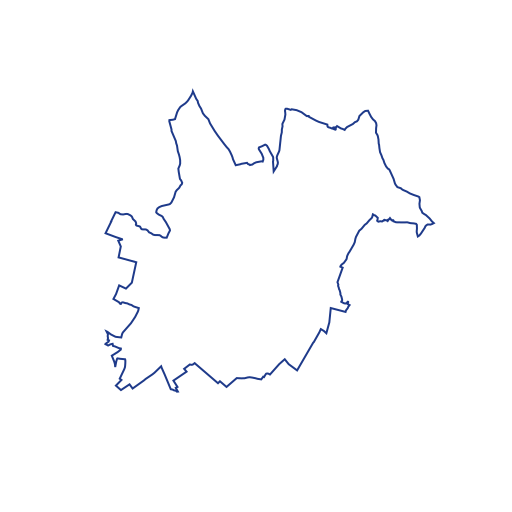 Gheorghe Doja, Mures, Romania (Equal Earth projection), rotated 206°
{"feature_id": "2599482B99552937012719", "entity_name": "Gheorghe Doja", "entity_type": "district", "adm_level": 2, "iso_a3": "ROU", "parent_name": "Romania", "parent_adm1": "Mures", "projection": "equal_earth", "projection_center": [24.503, 46.455], "detail": "fine", "context": "isolated", "style": "outline", "palette": "blue", "viewbox_px": 512, "rotation_deg": 206, "n_neighbors": 0, "source": "geoboundaries", "source_scale": "gbopen_adm2", "svg_char_len": 6145}
<svg xmlns="http://www.w3.org/2000/svg" viewBox="0 0 512 512"><g transform="rotate(206 256 256)"><path d="M384.9,376.3L384.6,375.1L384.6,371.6L385.2,366.4L385.5,364.9L386.4,362.3L388.9,357.8L389.4,356.6L389.9,353.1L389.9,350.6L388.8,343.5L390.5,342.0L393.4,340.2L393.0,339.1L388.2,333.6L387.5,332.8L386.7,331.3L378.5,324.2L377.1,322.3L375.4,320.6L372.2,315.9L369.7,313.4L368.0,311.4L366.2,308.9L364.7,305.9L364.3,304.1L364.1,300.5L362.3,297.7L358.4,292.3L357.8,291.7L356.5,291.2L354.4,289.4L354.2,287.8L354.8,286.4L354.9,283.8L355.2,282.8L356.1,280.4L356.4,278.5L355.4,272.8L355.5,266.9L356.2,264.9L357.0,264.1L362.6,259.6L364.4,257.5L365.4,255.5L365.4,253.6L364.9,251.6L364.1,251.1L361.5,250.6L358.3,250.6L356.9,250.2L355.3,248.9L351.8,246.9L345.3,242.3L344.5,241.2L344.6,237.9L344.3,233.3L346.7,232.2L348.0,231.9L349.3,232.0L350.7,232.4L352.0,232.4L356.1,230.5L357.7,230.1L360.1,230.5L362.5,230.4L364.7,231.5L366.6,231.6L369.9,230.1L370.6,230.0L371.2,230.2L373.0,231.5L373.5,231.6L376.7,231.0L377.3,231.2L377.7,231.5L377.9,232.5L378.1,232.9L379.4,234.2L382.9,235.3L384.3,236.6L385.3,237.2L386.9,237.5L389.6,237.5L390.5,237.2L391.6,236.6L393.6,235.1L395.9,234.2L397.1,234.2L398.5,234.5L401.4,233.8L401.4,223.5L401.2,223.5L401.2,222.0L401.2,210.5L390.7,211.5L383.8,212.4L383.6,212.1L386.5,209.4L381.7,205.3L378.9,194.5L360.9,197.9L355.9,177.6L358.6,169.7L366.1,169.6L365.1,160.4L365.3,154.9L358.9,154.4L357.6,153.7L356.9,153.5L356.4,153.8L356.5,154.4L356.4,155.1L355.7,155.8L355.0,156.1L352.9,156.4L350.9,157.0L348.4,157.0L346.4,157.4L344.6,157.1L343.3,157.1L338.5,157.8L337.9,155.3L337.8,153.9L337.9,148.3L338.9,140.8L342.1,129.1L342.2,127.8L342.0,126.5L341.4,123.7L346.5,121.9L347.3,121.8L352.1,121.9L356.2,122.7L357.3,122.7L354.8,120.8L354.2,119.0L353.0,117.3L352.6,115.6L351.1,115.7L351.0,114.4L352.8,110.9L353.6,110.7L351.5,110.8L349.7,110.7L348.2,112.7L346.4,114.2L345.1,112.5L343.1,112.9L338.8,113.1L336.9,113.6L336.5,112.6L338.0,109.4L341.9,103.2L337.1,98.9L335.4,97.0L334.3,95.2L334.1,95.3L335.4,100.1L335.8,102.7L335.7,103.2L332.9,104.1L328.4,105.8L328.1,105.5L327.4,104.4L326.4,102.2L325.4,99.7L325.0,98.4L324.8,96.5L324.7,86.0L322.6,85.6L325.1,78.1L318.6,76.3L313.4,85.2L308.8,82.8L302.2,95.0L301.3,97.1L297.2,104.2L296.1,106.5L292.9,115.3L291.7,114.1L286.1,109.4L274.2,98.9L272.3,99.4L270.8,99.3L268.9,99.8L267.6,99.4L266.8,99.9L270.3,102.3L269.2,103.9L275.6,107.8L267.7,121.6L271.1,123.1L267.9,129.5L266.5,129.8L265.7,130.3L265.1,130.9L264.2,132.8L234.4,125.0L233.5,127.6L225.1,125.4L219.8,137.8L215.6,139.6L212.7,141.1L210.1,143.3L208.5,144.3L206.0,145.1L202.9,145.9L200.7,146.3L197.2,147.4L196.6,150.7L195.7,150.7L195.5,153.4L195.3,154.6L194.5,155.3L193.1,155.7L191.5,155.6L187.7,169.1L184.9,175.8L179.2,173.1L168.9,171.2L166.6,203.3L166.3,203.9L165.6,215.3L165.7,218.7L162.2,218.4L158.9,217.4L161.0,228.5L166.0,242.0L151.0,245.0L151.2,246.1L151.2,247.1L150.7,249.2L150.8,251.0L150.4,252.9L152.6,253.0L152.9,254.9L153.1,255.2L153.5,255.1L154.0,253.3L154.8,252.5L156.1,252.1L159.3,252.2L159.4,252.5L159.1,253.0L159.1,253.8L159.5,254.6L161.4,256.9L163.2,258.3L163.6,258.9L163.7,259.4L164.0,259.8L165.9,262.0L166.9,262.7L167.8,263.9L168.7,264.7L169.2,265.3L169.4,266.3L171.3,268.2L173.0,283.5L175.5,283.4L175.6,284.2L175.3,285.8L174.0,288.4L173.3,292.5L173.3,293.2L174.0,295.6L174.1,296.7L174.1,299.0L173.8,300.9L173.2,309.0L173.3,311.7L174.2,315.0L174.5,317.0L174.3,324.0L173.1,326.7L171.9,331.7L170.8,333.8L169.8,337.8L168.7,340.8L168.6,341.7L169.2,344.7L168.7,344.7L167.7,344.4L166.6,344.7L163.3,343.7L162.7,341.9L162.6,340.9L162.2,340.6L161.0,340.5L159.6,341.7L157.8,342.3L157.4,343.2L156.7,343.7L156.7,344.6L156.5,344.8L155.9,344.7L155.0,345.2L154.2,345.1L153.6,345.4L153.0,345.2L152.9,345.8L153.4,346.2L153.3,346.4L152.4,347.7L152.2,348.8L151.6,348.5L151.5,348.0L151.3,347.8L150.0,348.0L149.4,347.6L148.3,348.3L148.1,348.2L148.0,347.5L147.9,347.4L144.9,347.7L138.0,350.9L134.8,352.6L131.7,353.2L128.4,354.5L126.2,355.1L125.1,354.5L123.4,351.3L122.4,348.7L121.8,347.6L119.1,344.5L118.2,346.0L117.6,348.4L116.7,355.3L116.8,356.9L116.3,358.4L115.5,359.6L113.0,360.7L111.8,361.9L110.6,363.5L113.0,364.2L116.3,365.8L121.3,367.3L123.1,367.4L125.5,367.8L126.8,369.1L129.6,371.0L130.2,371.6L132.0,374.6L133.1,378.0L135.0,380.5L136.3,380.6L141.0,380.0L145.1,379.7L148.7,380.0L152.8,379.8L154.4,380.0L155.5,380.4L159.1,379.9L162.0,381.4L163.2,382.4L166.1,385.6L173.6,391.8L174.6,392.3L175.7,392.3L178.3,393.5L181.4,395.9L183.6,398.2L185.2,399.3L187.4,401.5L190.0,403.7L192.4,407.1L194.2,410.0L194.9,410.7L197.0,414.4L199.1,417.2L200.1,418.1L202.2,419.4L204.1,423.6L205.0,426.3L206.3,428.1L208.2,429.4L210.8,430.1L213.5,431.5L216.5,433.7L219.0,435.7L221.4,434.2L222.6,432.2L224.4,427.2L223.8,423.3L224.3,421.3L225.8,419.6L226.8,417.1L230.7,411.8L231.5,409.4L231.6,408.2L233.8,408.2L235.5,407.9L240.1,408.3L240.5,406.5L240.3,405.7L239.9,405.0L239.9,404.5L240.1,404.3L240.4,404.4L240.7,404.9L241.0,406.1L241.3,406.2L241.4,405.7L241.2,404.4L241.3,404.2L242.2,404.2L242.4,404.4L242.6,405.5L242.8,405.5L243.0,405.2L243.1,404.3L243.4,403.9L245.5,403.8L247.0,403.5L247.9,403.5L248.5,403.8L249.5,405.4L258.2,404.1L261.4,404.0L269.2,404.3L269.9,404.4L270.1,404.9L270.6,404.7L271.7,404.0L278.1,405.2L283.4,404.9L288.3,403.5L288.8,402.6L292.6,402.0L293.8,401.4L294.0,400.8L293.6,399.2L292.7,397.9L291.6,396.0L290.2,391.1L290.2,386.5L290.0,385.9L289.0,384.2L288.2,381.0L287.0,378.4L286.3,375.1L281.3,361.3L281.1,360.0L281.0,355.7L280.7,354.0L280.3,353.2L277.4,349.8L276.8,348.3L276.7,346.4L276.5,346.0L277.2,339.8L282.1,348.3L282.3,349.2L283.7,352.0L284.2,352.6L289.6,356.3L291.2,357.7L294.4,359.9L295.8,360.2L296.6,360.1L298.8,357.2L300.9,354.9L300.8,354.0L300.2,353.2L295.7,350.4L292.5,347.5L291.6,345.7L291.4,343.8L292.6,343.5L296.9,340.3L298.4,338.5L299.4,336.6L301.3,335.1L301.8,335.4L302.5,335.2L303.7,335.2L304.9,335.8L309.6,332.4L310.3,331.6L314.0,328.7L319.1,332.9L320.3,334.3L321.9,335.8L325.1,338.4L327.5,340.0L330.1,341.0L333.9,342.8L343.1,347.5L347.9,350.2L355.4,355.0L358.8,358.1L363.5,359.6L366.3,361.0L370.0,364.4L372.6,366.0L375.3,368.3L376.3,369.7L378.7,371.1L384.9,376.3Z" fill="none" stroke="#1e3a8a" stroke-width="2"/></g></svg>